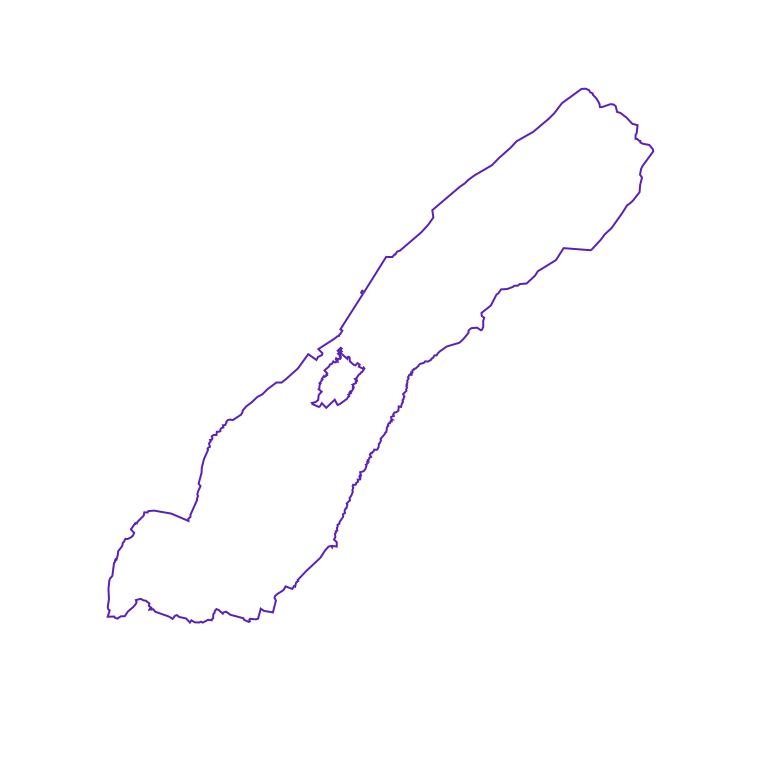 Ucea, Brasov, Romania, rotated 229°
{"feature_id": "2599482B38717766097303", "entity_name": "Ucea", "entity_type": "district", "adm_level": 2, "iso_a3": "ROU", "parent_name": "Romania", "parent_adm1": "Brasov", "projection": "albers", "projection_center": [24.681, 45.719], "detail": "fine", "context": "isolated", "style": "outline", "palette": "violet", "viewbox_px": 768, "rotation_deg": 229, "n_neighbors": 0, "source": "geoboundaries", "source_scale": "gbopen_adm2", "svg_char_len": 6082}
<svg xmlns="http://www.w3.org/2000/svg" viewBox="0 0 768 768"><g transform="rotate(229 384 384)"><path d="M477.1,726.7L479.2,702.6L476.6,689.9L476.1,682.6L476.4,662.1L480.2,643.3L479.3,635.1L479.1,618.8L478.3,609.0L482.1,589.2L482.7,581.3L482.4,576.6L483.1,570.3L483.5,534.5L477.3,530.5L475.2,522.1L474.0,511.5L474.2,483.6L475.3,480.7L474.3,477.4L474.9,476.9L474.3,473.6L478.5,469.0L466.4,429.3L468.7,428.8L468.0,426.7L465.8,427.2L453.9,387.0L451.7,387.6L450.5,384.1L450.5,382.6L449.8,381.7L450.6,380.0L450.6,377.2L453.4,357.4L447.6,357.7L446.5,356.3L447.7,352.0L446.5,348.8L456.2,346.4L452.2,329.1L452.0,313.1L452.3,307.6L455.7,303.8L456.5,292.4L456.0,285.4L457.3,280.1L457.0,272.3L457.5,265.5L456.7,259.9L455.7,259.0L454.6,256.0L456.0,246.2L458.1,244.5L459.2,242.5L459.1,240.5L458.4,240.0L457.2,237.3L458.5,235.3L456.6,234.3L457.4,232.2L457.0,230.7L455.8,229.6L456.1,228.4L457.6,226.5L455.4,224.0L457.3,222.1L457.5,219.6L455.7,219.0L454.9,217.7L455.9,216.1L454.3,215.5L454.0,213.0L450.8,211.4L451.2,209.2L450.8,208.2L449.7,208.0L445.4,198.8L440.4,191.6L436.7,188.1L430.4,178.7L427.3,178.5L424.9,173.2L423.1,170.6L421.4,170.2L420.1,167.4L419.2,167.1L412.3,152.2L410.6,150.6L410.7,148.0L408.9,146.6L425.8,138.4L439.3,127.4L442.7,122.7L442.1,121.3L444.4,118.9L442.3,116.3L441.7,107.6L440.9,106.0L442.0,105.3L441.6,104.5L442.0,104.3L440.3,97.6L435.6,97.8L434.3,95.1L434.2,92.8L435.2,88.8L436.8,87.2L435.5,84.1L435.5,82.6L433.5,80.2L432.2,73.7L429.6,70.9L426.9,66.8L427.8,66.5L427.2,65.0L426.2,64.5L426.1,62.9L417.4,53.1L416.9,49.5L415.9,47.8L410.0,41.5L402.2,35.4L396.9,29.2L395.0,28.2L393.1,28.4L389.6,22.8L385.5,27.8L384.1,27.6L381.8,28.9L381.4,32.8L378.8,36.1L380.3,41.4L380.2,48.5L380.8,52.2L381.6,54.1L383.7,55.0L381.4,59.5L378.4,60.6L376.8,62.0L372.3,63.0L370.9,61.0L367.5,61.6L366.9,60.7L367.9,59.8L367.6,58.9L365.3,62.1L362.3,61.9L349.2,69.3L345.4,70.4L346.2,74.1L345.4,76.1L342.5,76.6L336.9,80.8L331.3,81.0L332.0,83.6L328.3,84.8L325.3,88.0L324.7,89.9L322.8,90.7L321.5,96.4L318.7,99.0L319.3,99.8L319.3,101.4L322.3,104.2L322.4,105.9L323.5,107.1L324.1,109.9L321.7,111.0L316.5,111.7L317.0,112.6L315.8,115.4L310.5,116.7L299.5,124.2L297.7,123.7L293.1,125.9L292.9,127.1L294.5,127.8L294.7,128.9L290.4,132.9L289.5,135.0L295.3,143.6L291.6,144.5L284.5,150.3L291.4,160.3L294.5,161.1L295.4,162.6L295.5,165.9L294.4,172.9L295.8,176.9L289.5,180.4L290.5,183.6L289.4,184.0L291.8,187.4L291.6,190.0L292.7,190.2L293.9,203.0L294.6,221.9L297.0,230.3L297.7,235.4L296.5,237.8L294.7,237.7L295.5,239.0L292.3,241.7L295.7,244.6L299.4,244.2L300.4,246.9L303.2,248.8L303.3,250.2L304.5,250.9L304.0,252.5L306.2,254.0L306.7,255.4L308.2,256.6L307.8,258.5L308.9,259.9L310.6,266.1L312.7,267.8L312.2,269.9L314.3,271.2L315.2,273.3L314.8,274.0L317.1,277.3L318.3,277.5L318.5,281.9L320.5,283.2L321.3,286.3L323.1,289.7L324.5,290.4L326.0,292.9L327.3,293.1L328.2,294.6L326.8,296.0L326.7,297.0L327.6,298.2L327.3,300.4L329.1,301.4L327.6,303.5L329.2,305.1L329.3,304.4L330.1,304.5L330.8,305.8L330.2,306.7L333.1,308.1L331.5,311.5L332.1,314.3L333.8,317.2L335.0,317.4L334.8,319.6L336.2,320.2L335.5,321.3L337.2,321.8L336.9,322.9L338.0,324.8L337.4,326.4L340.0,327.0L340.5,328.6L339.7,329.4L340.2,330.6L339.9,331.7L340.9,333.6L339.0,335.4L339.0,336.1L340.1,338.8L342.2,340.8L342.1,342.0L343.5,344.9L344.8,345.3L345.8,352.0L346.5,353.1L346.2,354.2L349.4,357.9L349.6,359.9L350.6,360.1L351.3,361.8L350.5,362.8L351.7,364.7L350.8,365.3L352.0,366.3L351.6,366.9L352.8,366.6L354.5,367.8L353.4,370.5L355.0,370.9L355.7,373.3L354.7,374.4L354.4,377.3L357.4,380.4L355.5,381.8L357.5,384.7L358.0,386.6L359.6,387.3L359.7,388.7L360.4,389.2L360.9,391.0L363.9,391.8L364.1,396.4L365.4,397.2L366.2,399.1L367.7,399.4L368.0,400.8L368.9,400.8L369.8,402.8L371.2,403.6L372.1,406.3L373.3,406.5L374.3,409.2L373.0,410.6L374.0,411.0L373.6,411.7L374.9,412.2L374.2,413.1L375.7,414.5L375.2,415.8L375.7,416.6L375.0,417.9L375.0,420.7L375.6,424.4L373.8,427.8L374.1,429.9L372.1,431.9L371.4,435.3L372.0,436.6L371.5,437.9L372.5,440.8L371.1,442.4L371.9,445.2L372.0,447.8L371.1,456.1L365.7,467.9L365.8,473.2L367.2,481.4L368.5,482.3L369.0,483.9L368.8,486.6L365.4,491.2L361.0,492.4L360.7,493.6L362.1,496.5L366.4,500.1L368.3,503.1L371.1,502.4L373.7,504.2L373.1,516.1L377.7,527.6L377.4,529.9L378.6,534.4L374.8,539.4L372.7,545.0L372.7,546.7L370.5,549.4L370.3,552.1L366.3,557.5L366.7,569.2L368.2,574.1L364.7,595.0L368.7,608.7L349.6,627.5L349.2,628.8L350.7,642.6L352.1,648.8L352.4,658.2L356.9,676.6L359.4,684.7L358.9,688.4L359.1,692.2L361.1,702.7L366.1,707.8L370.5,714.1L374.1,714.6L377.6,719.1L378.9,722.0L382.9,739.8L384.9,740.9L390.3,741.1L395.3,737.1L398.1,735.9L399.3,736.9L400.5,736.0L402.8,735.9L404.0,734.7L406.8,737.1L407.6,739.3L413.0,745.2L417.5,742.1L426.0,741.8L433.6,740.2L436.4,738.4L441.8,741.2L444.5,740.5L446.6,738.5L450.1,729.9L451.4,728.7L454.3,730.5L459.7,731.6L465.2,731.4L466.5,732.1L468.8,731.0L471.2,731.5L474.5,730.0L477.1,726.7ZM415.8,316.8L417.0,317.2L415.2,320.5L415.1,323.8L418.6,327.6L419.1,331.9L422.9,331.3L422.8,332.0L425.3,334.5L426.0,336.4L426.9,336.0L427.7,340.4L428.5,340.2L429.5,343.9L428.3,344.0L428.0,346.9L429.1,346.9L429.2,348.1L433.3,348.0L433.3,354.3L434.2,355.9L433.4,357.9L434.3,360.5L433.0,360.7L432.0,361.8L432.6,363.1L431.2,363.7L432.5,364.7L434.2,363.9L434.8,364.8L432.8,365.7L432.5,367.2L431.7,367.4L431.9,368.4L433.7,368.8L433.4,369.5L434.2,369.7L437.0,369.2L437.1,370.0L435.9,370.1L435.9,371.1L439.5,370.9L439.7,375.1L438.4,375.3L438.1,373.1L436.3,373.4L436.5,371.9L436.0,371.6L427.1,372.8L428.1,374.2L427.7,375.2L426.6,375.5L423.7,373.1L418.6,373.7L416.9,374.6L417.1,377.7L414.5,378.3L413.7,376.4L409.2,378.2L409.7,379.4L408.6,379.4L407.4,375.6L407.8,374.1L407.3,372.7L407.6,371.3L406.4,366.6L406.9,365.4L406.0,365.4L405.9,367.4L405.8,366.0L404.0,365.7L404.3,364.3L403.2,363.7L403.2,363.0L404.1,360.0L403.4,360.2L402.5,358.8L401.5,359.1L401.2,357.7L400.6,357.8L399.5,354.1L400.4,354.0L400.5,353.3L400.1,352.3L398.9,352.6L399.3,350.0L397.6,349.8L397.7,348.1L397.1,346.3L397.8,337.7L398.6,335.2L404.5,336.5L403.9,324.8L410.3,324.5L409.2,321.0L409.4,319.8L415.8,316.8Z" fill="none" stroke="#5b21b6" stroke-width="2"/></g></svg>